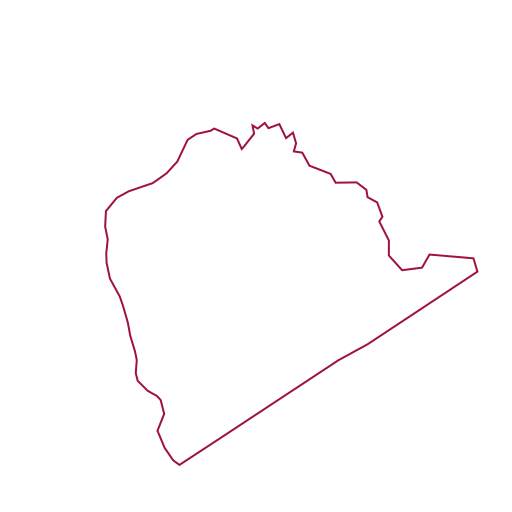 outline of Clark, Washington, United States of America, rotated 57°
{"feature_id": "52423323B89011069533198", "entity_name": "Clark", "entity_type": "district", "adm_level": 2, "iso_a3": "USA", "parent_name": "United States of America", "parent_adm1": "Washington", "projection": "orthographic", "projection_center": [-122.549, 45.801], "detail": "fine", "context": "isolated", "style": "outline", "palette": "rose", "viewbox_px": 512, "rotation_deg": 57, "n_neighbors": 0, "source": "geoboundaries", "source_scale": "gbopen_adm2", "svg_char_len": 1063}
<svg xmlns="http://www.w3.org/2000/svg" viewBox="0 0 512 512"><g transform="rotate(57 256 256)"><path d="M389.5,434.0L389.3,387.1L388.3,243.7L390.8,210.2L389.7,78.8L376.4,74.9L349.3,109.7L356.2,123.1L347.5,141.2L327.9,144.3L315.4,136.1L294.1,133.8L292.0,128.6L277.1,125.2L267.4,130.4L260.7,127.4L249.1,131.5L237.9,149.3L227.8,148.7L209.4,162.0L194.5,160.9L188.9,167.3L183.3,161.0L172.7,157.8L173.5,166.6L158.1,164.6L155.6,175.9L149.2,176.2L150.0,185.2L144.6,187.8L152.4,191.0L157.5,206.1L158.5,209.7L147.1,207.9L126.4,221.6L126.2,226.0L121.2,239.5L121.3,250.0L134.0,270.7L137.9,285.8L138.2,291.9L138.6,303.2L137.5,307.2L132.4,327.5L131.4,341.0L136.6,357.4L137.3,357.9L149.2,366.5L161.3,371.3L172.3,380.2L180.1,384.9L195.4,390.8L215.7,392.3L223.8,394.3L226.1,394.9L241.5,399.6L242.4,399.9L254.4,404.9L263.4,407.5L269.9,409.4L276.2,411.8L278.5,412.8L288.7,420.6L296.2,423.2L309.9,420.3L314.6,417.9L319.2,415.4L324.9,414.4L338.4,419.0L348.9,433.8L366.9,437.1L380.8,436.8L382.8,436.5L389.5,434.0L389.5,434.0Z" fill="none" stroke="#9f1239" stroke-width="2"/></g></svg>